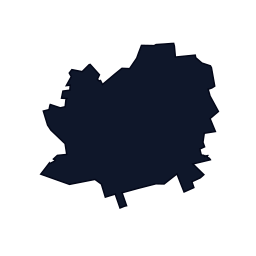 Villa Hidalgo, Sonora, Mexico, rotated 255°
{"feature_id": "50627088B23816586948546", "entity_name": "Villa Hidalgo", "entity_type": "district", "adm_level": 2, "iso_a3": "MEX", "parent_name": "Mexico", "parent_adm1": "Sonora", "projection": "equal_earth", "projection_center": [-109.382, 30.253], "detail": "fine", "context": "isolated", "style": "filled", "palette": "ink", "viewbox_px": 256, "rotation_deg": 255, "n_neighbors": 0, "source": "geoboundaries", "source_scale": "gbopen_adm2", "svg_char_len": 2145}
<svg xmlns="http://www.w3.org/2000/svg" viewBox="0 0 256 256"><g transform="rotate(255 128 128)"><path d="M181.0,211.8L184.2,192.4L184.5,192.1L186.4,192.5L195.1,194.0L195.9,194.0L197.7,194.0L197.9,194.0L198.4,191.7L199.5,185.8L201.3,176.8L201.3,176.6L200.8,174.6L202.9,167.3L204.3,162.4L200.8,159.9L198.2,158.0L193.2,154.5L189.5,150.2L184.9,144.9L187.2,137.6L183.4,129.1L176.6,114.6L181.0,113.7L180.9,112.3L183.0,111.0L186.1,113.6L186.8,114.2L199.2,107.9L199.2,106.8L194.3,98.3L198.9,88.9L196.3,85.5L192.3,86.5L184.9,79.4L184.3,83.3L179.6,81.6L180.5,74.7L174.0,71.5L172.3,76.5L171.0,75.2L164.8,72.8L165.0,67.8L170.8,59.0L170.2,58.5L166.2,56.5L166.3,50.6L151.6,51.1L145.9,53.0L130.6,62.3L129.3,63.2L118.3,62.0L119.8,52.7L117.3,47.9L117.0,48.1L116.8,48.4L116.7,48.7L116.6,48.8L116.6,49.1L116.5,49.3L116.4,49.4L116.2,49.6L115.9,49.6L115.7,49.4L115.5,49.1L115.3,48.9L115.1,48.6L115.0,48.4L114.9,48.3L114.7,47.1L114.5,46.3L114.3,45.3L113.9,42.9L114.5,42.9L106.0,31.8L88.7,56.9L87.5,74.2L86.9,82.8L80.7,87.8L67.1,88.2L67.5,98.6L66.8,98.6L52.8,99.6L53.4,104.5L53.3,106.5L54.8,106.4L67.0,105.5L67.1,121.0L67.1,122.4L66.9,140.5L64.6,148.4L71.0,163.4L60.3,164.6L51.7,165.6L53.4,176.2L59.6,175.8L60.0,178.3L61.2,185.0L63.3,189.2L76.5,181.3L76.0,199.4L76.3,199.4L76.5,199.3L76.6,199.1L76.7,198.9L77.0,198.8L77.3,198.8L77.4,198.7L77.5,198.6L77.6,198.4L77.9,198.3L78.1,198.3L78.1,198.2L78.3,197.9L78.5,197.8L78.6,197.5L78.7,197.3L78.9,197.1L79.1,197.0L79.4,197.0L79.7,197.1L80.0,197.3L80.3,197.4L80.5,197.6L80.7,197.8L80.8,197.4L80.8,197.2L80.7,196.9L80.7,196.7L80.8,196.4L80.9,196.2L81.0,196.1L80.9,196.0L80.8,195.9L80.7,195.7L80.6,195.3L80.6,195.0L80.5,194.8L80.5,194.6L80.7,194.4L81.0,194.4L81.3,194.5L81.5,194.6L81.7,194.4L81.8,194.3L81.9,194.2L82.1,193.9L82.2,193.7L82.3,193.3L82.4,193.0L82.5,192.9L82.6,192.6L82.7,192.4L82.8,192.3L82.9,192.1L83.1,191.9L83.5,191.8L89.1,191.9L90.0,197.1L94.8,196.7L103.2,200.3L102.0,211.5L115.9,209.7L120.6,219.6L130.7,217.2L137.7,215.5L141.0,215.5L144.7,215.4L144.7,215.7L145.0,219.4L146.0,222.6L164.7,224.2L166.7,223.7L171.6,216.2L178.4,211.6L181.0,211.8Z" fill="#0f172a" stroke="#020617" stroke-width="1.5"/></g></svg>